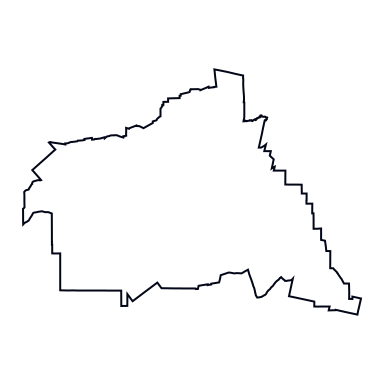 Río Segundo, Córdoba, Argentina (Albers equal-area conic projection)
{"feature_id": "61730980B13530253245747", "entity_name": "Río Segundo", "entity_type": "district", "adm_level": 2, "iso_a3": "ARG", "parent_name": "Argentina", "parent_adm1": "Córdoba", "projection": "albers", "projection_center": [-63.428, -31.688], "detail": "fine", "context": "isolated", "style": "outline", "palette": "ink", "viewbox_px": 384, "rotation_deg": 0, "n_neighbors": 0, "source": "geoboundaries", "source_scale": "gbopen_adm2", "svg_char_len": 5877}
<svg xmlns="http://www.w3.org/2000/svg" viewBox="0 0 384 384"><path d="M242.9,75.5L235.5,73.9L228.0,72.1L221.2,70.7L214.4,69.4L214.6,71.1L215.3,78.0L216.4,86.7L214.2,86.9L214.2,87.2L209.7,87.7L208.8,87.9L208.6,86.7L205.4,88.1L200.6,90.1L200.6,89.8L198.4,89.2L197.8,89.1L194.5,89.2L191.2,89.2L190.8,89.2L190.8,89.7L190.0,90.1L189.8,91.0L189.8,91.5L189.4,92.1L187.5,92.6L180.7,94.2L180.7,95.7L179.6,95.8L179.6,98.1L168.1,98.4L168.1,101.8L163.4,101.9L163.4,104.9L162.3,104.9L162.4,106.1L161.9,106.3L161.5,107.6L160.5,108.6L160.5,116.3L160.1,116.5L159.7,116.8L159.4,116.8L158.8,117.5L158.3,117.8L157.1,118.9L156.5,120.3L152.8,121.4L152.8,123.0L143.4,128.2L142.8,127.8L139.2,126.1L135.7,126.0L135.8,125.7L133.4,126.7L128.8,128.4L128.8,128.7L126.1,127.9L126.2,130.8L126.1,134.1L126.2,135.7L124.7,136.0L124.3,136.1L124.3,136.3L123.4,136.2L123.3,137.5L120.5,136.7L116.7,135.2L110.9,135.4L109.4,135.9L109.3,136.0L106.9,136.5L105.9,137.3L105.7,137.5L104.6,138.4L104.4,137.3L101.2,138.2L100.9,138.4L96.4,139.0L95.6,138.9L94.5,139.1L94.4,139.4L92.1,139.7L91.9,137.9L89.0,138.3L84.4,138.9L84.5,140.0L81.9,140.4L79.7,140.6L77.9,140.6L77.3,141.3L72.8,141.9L70.9,142.0L68.1,143.1L66.3,143.5L65.3,143.4L65.3,144.5L63.5,144.1L55.8,143.0L50.7,142.3L50.7,142.1L49.6,142.1L48.9,142.5L54.0,148.2L55.3,149.6L52.3,152.2L48.1,156.0L46.7,157.3L40.9,162.4L32.3,170.1L39.2,177.9L41.1,180.1L40.6,180.3L39.6,180.3L38.5,180.1L38.2,180.1L37.1,180.4L36.6,180.5L34.2,181.2L33.5,181.4L32.9,181.8L32.7,182.0L32.4,182.6L32.1,183.1L32.1,183.6L32.2,183.8L32.2,184.0L31.7,184.3L31.5,184.5L31.3,184.9L30.8,185.6L30.6,186.3L29.9,187.0L29.7,187.7L29.1,188.2L28.8,189.3L28.6,189.6L26.4,190.1L25.8,190.4L25.2,190.8L24.9,191.1L24.7,191.5L24.5,191.8L24.2,192.0L24.4,194.8L24.4,202.1L24.5,207.4L23.6,208.4L23.0,208.8L23.1,213.9L23.1,219.8L23.2,224.4L24.6,222.9L25.3,222.5L25.8,222.3L27.3,221.5L28.8,220.4L29.6,218.9L32.0,215.2L33.0,213.2L33.7,212.7L37.0,212.1L38.4,211.8L40.8,211.4L42.2,211.3L44.5,212.0L45.6,212.2L47.6,212.1L48.2,212.1L51.8,213.5L51.9,232.9L51.9,236.6L51.9,241.9L52.0,241.9L51.9,244.7L52.2,244.7L52.2,253.4L55.5,253.5L60.2,253.4L60.2,255.9L60.2,258.5L60.2,261.9L60.2,270.9L60.2,274.2L60.2,277.2L60.2,290.3L67.9,290.5L73.3,290.4L76.2,290.5L82.0,290.5L118.9,290.6L121.2,290.6L121.3,306.0L127.3,305.9L127.4,294.1L132.6,301.2L146.6,290.6L149.6,288.4L157.3,282.6L161.5,288.2L174.7,288.4L195.6,288.5L195.8,289.0L197.9,289.0L198.6,285.8L207.7,284.3L207.7,285.1L211.2,284.5L211.2,283.7L219.1,282.4L219.9,279.4L220.4,276.9L220.7,275.2L228.8,272.5L231.7,272.9L234.0,273.4L237.0,273.1L240.5,273.3L241.7,273.3L245.4,271.1L248.0,269.7L249.3,274.4L251.7,280.8L251.7,281.1L252.3,282.3L252.3,282.9L252.6,283.7L253.0,284.7L253.1,285.4L253.5,286.6L254.1,287.7L254.2,288.3L254.6,289.5L254.6,289.8L255.0,291.3L255.0,291.9L255.1,292.2L255.2,292.5L255.2,292.8L255.4,293.3L255.6,294.1L255.7,294.4L255.7,294.8L255.8,295.2L255.9,295.5L256.1,295.7L256.3,296.1L256.9,297.0L257.1,297.5L257.3,297.6L259.5,297.3L260.0,297.1L260.4,297.1L261.2,297.0L262.3,296.4L262.9,296.1L264.2,295.3L265.2,294.8L266.1,293.9L266.2,293.7L267.0,292.1L268.4,290.4L269.8,289.3L270.3,288.7L270.7,288.0L271.3,287.3L271.5,287.1L272.6,286.2L273.0,285.8L273.9,284.4L274.3,284.0L274.5,283.5L274.9,283.1L275.2,282.8L275.3,282.5L275.9,282.0L276.3,281.5L277.0,280.8L277.6,280.5L277.9,280.2L278.9,279.5L279.2,278.9L279.7,278.4L280.0,277.9L280.4,277.8L280.6,277.5L281.1,277.1L281.6,277.6L281.9,278.0L282.3,278.3L282.7,278.8L283.2,279.1L283.5,279.5L284.0,279.7L284.3,280.1L284.7,280.3L284.9,280.7L285.0,280.9L286.8,280.9L287.7,280.6L289.9,280.4L290.9,280.2L291.9,279.7L292.8,278.7L291.2,286.0L289.0,296.2L294.3,297.3L307.4,300.1L314.3,301.6L314.3,306.5L318.1,306.6L322.7,306.5L329.6,306.5L328.7,310.4L335.6,310.2L335.7,309.8L344.0,311.7L357.4,314.6L358.1,311.0L359.1,306.9L361.0,298.5L352.4,296.6L352.4,299.0L349.1,298.9L349.2,295.6L349.2,291.6L349.0,283.5L344.0,283.5L343.1,281.9L342.1,280.1L341.4,278.8L340.8,278.0L340.6,277.9L339.1,275.6L338.1,274.2L337.8,273.4L337.1,272.9L336.8,272.0L335.8,271.2L335.3,270.5L334.2,269.6L333.3,268.3L330.2,268.2L330.3,251.1L326.3,251.0L325.8,246.3L325.0,240.7L321.1,239.9L321.1,234.7L321.1,228.5L318.0,228.7L313.6,228.8L313.6,219.2L313.5,213.3L312.2,213.3L312.3,203.7L306.5,203.7L306.4,200.4L306.6,200.3L306.6,193.5L301.8,193.5L301.7,187.8L301.7,184.7L297.5,184.6L289.5,184.6L285.3,184.5L285.4,170.6L273.8,170.6L274.7,166.7L273.1,167.5L271.8,168.4L273.7,159.3L269.8,155.7L270.8,151.1L264.3,151.1L265.9,144.5L264.7,145.5L261.9,147.2L261.2,147.5L260.5,147.6L258.8,147.6L261.9,133.9L262.8,129.2L264.7,120.4L264.8,120.2L265.0,120.2L265.2,120.5L265.3,120.6L265.7,120.6L265.9,120.3L265.9,120.0L266.2,119.7L266.5,119.6L266.8,119.3L266.7,119.0L266.5,118.8L266.5,118.5L266.9,118.2L267.2,117.5L267.0,117.4L265.8,117.4L265.5,117.2L265.3,116.8L264.9,116.6L264.6,116.6L263.8,116.8L262.8,116.6L262.0,116.7L261.8,116.6L261.7,116.1L261.6,115.5L261.2,115.4L260.6,115.4L260.1,115.9L260.0,116.1L260.0,116.4L260.2,116.8L260.1,117.0L259.9,116.9L259.8,116.7L259.5,116.7L259.2,117.2L259.2,117.4L259.1,117.6L258.8,117.8L258.2,117.7L258.0,117.9L257.8,117.9L257.4,118.2L257.4,118.4L257.3,118.5L257.2,118.6L256.9,118.4L256.7,118.7L256.3,118.8L256.1,119.0L255.4,119.1L255.4,119.3L255.5,119.5L255.9,119.9L255.9,120.0L255.7,120.1L255.3,120.1L254.9,119.7L254.5,119.6L254.2,119.7L253.5,120.1L252.9,120.3L252.7,120.5L252.8,120.7L252.7,120.9L252.4,121.1L251.9,120.9L251.4,120.2L251.2,120.2L251.1,120.3L251.0,120.5L250.8,120.6L250.3,120.5L249.9,120.6L249.7,120.3L249.2,120.6L248.5,120.8L248.2,120.8L247.9,120.9L247.3,121.0L246.9,121.1L246.6,121.0L246.1,121.3L245.9,121.2L245.8,120.9L245.4,120.6L245.0,120.7L244.4,121.2L244.1,121.3L243.5,121.3L244.3,117.3L244.3,102.4L243.7,102.3L243.8,101.2L244.0,101.2L244.0,96.7L243.5,90.4L243.3,86.9L243.2,83.7L243.3,79.7L243.2,79.5L243.2,78.5L243.1,78.4L243.1,75.5L242.9,75.5Z" fill="none" stroke="#020617" stroke-width="2"/></svg>